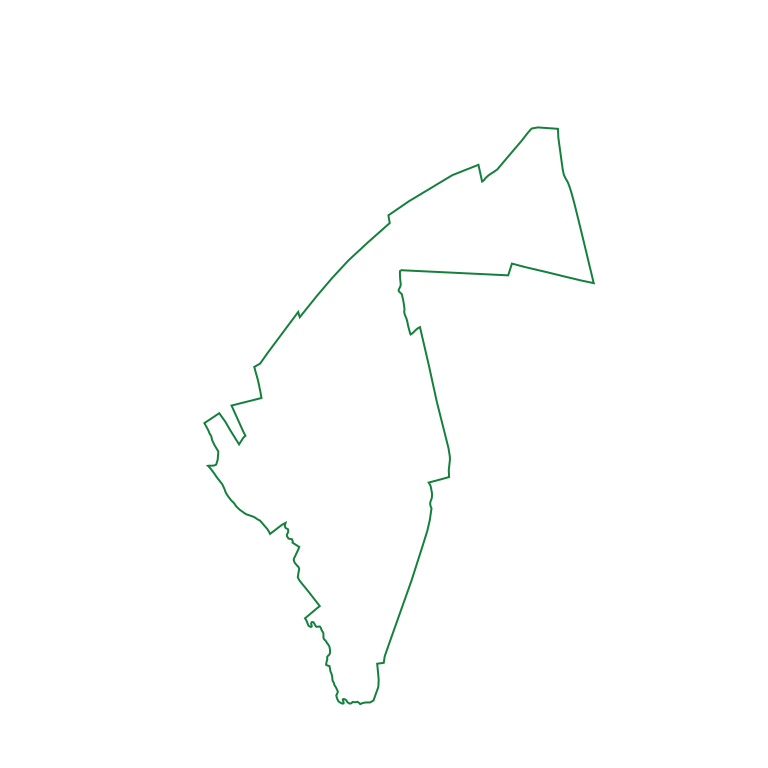 the district of Ion Neculce, Iasi, Romania, rotated 26°
{"feature_id": "2599482B50193316932914", "entity_name": "Ion Neculce", "entity_type": "district", "adm_level": 2, "iso_a3": "ROU", "parent_name": "Romania", "parent_adm1": "Iasi", "projection": "mercator", "projection_center": [26.972, 47.231], "detail": "fine", "context": "isolated", "style": "outline", "palette": "green", "viewbox_px": 768, "rotation_deg": 26, "n_neighbors": 0, "source": "geoboundaries", "source_scale": "gbopen_adm2", "svg_char_len": 3697}
<svg xmlns="http://www.w3.org/2000/svg" viewBox="0 0 768 768"><g transform="rotate(26 384 384)"><path d="M528.3,201.4L528.0,201.1L522.1,193.9L516.2,186.8L508.4,177.3L492.1,157.6L479.4,142.4L475.2,137.4L468.4,129.7L464.3,125.4L461.0,122.3L456.1,118.9L453.8,117.0L450.2,112.3L432.6,86.0L428.5,78.4L409.9,85.9L405.0,89.4L404.7,90.0L404.3,91.0L403.5,94.0L403.2,94.9L401.1,104.9L397.0,120.8L395.6,126.3L391.8,141.4L390.2,144.4L388.6,147.0L386.4,150.8L385.0,154.4L384.3,157.6L383.4,159.0L372.8,145.6L353.9,166.3L335.5,194.6L326.4,208.6L314.0,230.5L318.6,236.8L307.4,263.9L300.0,283.0L297.9,288.4L291.0,311.2L285.1,334.1L279.0,360.9L275.3,356.9L265.8,407.0L263.7,420.0L259.9,425.5L262.5,428.5L269.0,435.8L270.5,437.7L276.1,444.9L280.0,450.3L256.4,470.2L256.9,470.6L277.8,488.0L282.2,491.3L281.1,493.8L281.1,494.3L280.2,501.8L274.1,498.0L265.4,492.5L257.8,487.4L248.7,482.5L239.7,497.9L242.4,499.8L246.1,502.4L249.0,505.0L251.6,506.6L254.0,509.7L258.4,513.2L264.7,517.3L265.9,520.4L267.7,524.9L268.5,530.0L267.1,531.7L264.9,533.0L262.8,534.0L261.7,534.7L262.3,534.9L266.1,536.5L270.4,538.7L273.8,540.7L282.7,545.1L287.0,548.6L288.2,549.9L290.3,551.6L293.1,553.3L297.7,555.6L300.8,556.6L302.0,557.1L304.9,558.8L309.6,560.3L316.9,561.5L319.5,561.2L323.4,560.7L325.8,560.5L329.8,561.1L332.3,561.1L334.8,562.1L338.4,563.7L342.0,565.2L342.4,565.3L345.3,567.1L347.3,568.7L354.0,555.3L356.4,552.0L357.0,555.1L358.6,556.5L361.5,556.7L362.6,558.5L362.8,560.7L362.8,562.2L363.6,563.4L366.0,564.8L367.7,564.3L369.4,563.9L371.1,565.6L371.3,566.7L378.3,567.5L379.3,567.6L379.5,570.4L379.6,577.1L379.6,580.4L380.1,581.9L381.3,583.1L382.5,584.0L384.4,584.8L386.3,585.7L386.7,585.6L388.5,586.9L389.1,588.0L389.9,591.4L391.3,595.6L393.9,597.5L398.0,599.5L407.1,603.7L417.7,608.9L423.3,611.6L423.6,611.8L422.3,614.5L415.7,629.2L418.0,630.6L419.6,632.1L420.8,633.2L421.9,634.2L423.2,634.5L424.9,634.4L425.3,633.5L424.7,632.6L423.6,631.4L423.4,629.8L423.8,629.4L425.2,629.1L427.7,630.8L429.0,631.7L429.7,631.8L429.9,631.8L431.0,631.0L432.7,630.1L433.9,630.8L435.9,632.6L437.8,633.8L438.8,634.6L439.8,636.5L440.6,638.3L441.7,639.5L444.8,640.7L446.8,642.1L447.6,642.3L450.0,643.9L452.1,646.7L453.4,649.4L453.5,651.2L452.8,653.0L452.6,654.4L453.7,656.2L454.3,659.5L455.1,661.8L456.6,661.8L458.6,661.4L459.9,663.1L462.1,666.0L464.1,667.7L466.2,670.4L467.3,672.5L468.4,673.6L469.7,674.4L471.5,676.4L473.7,677.7L476.1,679.6L477.4,680.7L477.7,682.8L477.6,684.8L478.9,686.4L480.8,688.2L482.4,689.3L485.4,689.6L487.0,689.4L487.7,688.8L487.4,688.0L486.6,687.2L485.4,686.0L485.4,685.2L486.1,684.7L488.2,684.6L489.3,685.2L490.8,686.1L493.2,686.3L494.6,685.3L495.1,683.7L497.7,682.6L499.5,681.3L501.7,681.6L502.8,682.1L503.4,681.7L504.3,680.4L505.5,679.5L507.0,678.3L509.4,677.2L511.0,676.4L512.7,674.0L513.3,673.1L512.4,665.3L512.1,662.1L511.7,658.8L509.0,652.4L505.9,647.2L500.5,638.4L506.0,634.7L504.0,628.4L501.5,607.0L494.8,547.9L489.5,511.5L487.3,497.0L484.8,486.2L481.2,474.9L479.2,473.2L477.8,471.0L477.3,469.1L477.0,465.9L476.4,464.0L475.7,462.4L474.9,461.0L472.4,457.6L470.8,455.5L469.4,454.3L467.4,453.0L476.4,445.2L483.3,439.1L482.2,437.1L480.0,433.1L478.7,429.4L476.3,422.8L474.8,420.1L470.1,413.4L439.4,377.0L415.5,346.8L392.2,318.1L391.4,317.1L389.9,319.2L388.7,322.0L387.5,325.5L386.3,327.8L385.6,327.4L379.9,320.8L377.3,317.3L375.2,315.1L372.0,312.3L370.5,310.2L369.8,308.2L368.6,306.1L365.5,301.6L362.5,297.8L360.8,295.6L359.5,295.1L357.0,294.3L356.2,293.7L355.9,292.7L355.9,290.0L355.8,288.3L355.4,287.2L351.9,281.5L349.5,277.0L349.0,275.8L348.9,275.4L349.8,274.1L448.0,231.9L447.1,225.8L446.2,219.7L459.0,217.2L480.5,212.3L498.0,208.5L515.6,204.6L528.3,201.4Z" fill="none" stroke="#15803d" stroke-width="2"/></g></svg>